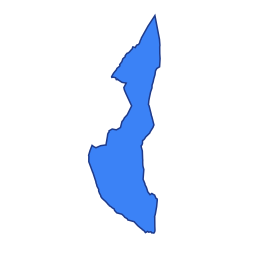 the district of Santa María Tlalixtac, Oaxaca, Mexico, rotated 172°
{"feature_id": "50627088B20001539199633", "entity_name": "Santa María Tlalixtac", "entity_type": "district", "adm_level": 2, "iso_a3": "MEX", "parent_name": "Mexico", "parent_adm1": "Oaxaca", "projection": "equal_earth", "projection_center": [-96.736, 17.917], "detail": "fine", "context": "isolated", "style": "filled", "palette": "blue", "viewbox_px": 256, "rotation_deg": 172, "n_neighbors": 0, "source": "geoboundaries", "source_scale": "gbopen_adm2", "svg_char_len": 2707}
<svg xmlns="http://www.w3.org/2000/svg" viewBox="0 0 256 256"><g transform="rotate(172 128 128)"><path d="M116.9,20.4L116.4,21.0L116.1,21.4L116.0,21.6L115.8,22.0L115.5,23.1L115.2,26.2L115.2,26.3L114.2,34.1L113.9,36.1L114.1,36.3L114.0,36.5L112.9,39.0L110.6,46.1L109.0,52.8L109.1,53.8L110.1,54.5L111.0,57.9L111.8,58.4L111.9,58.5L113.5,59.9L115.5,58.9L117.4,62.3L117.5,63.5L118.1,66.9L118.3,67.3L119.1,69.7L119.0,70.5L120.2,75.1L118.1,84.7L118.5,87.8L118.5,89.2L118.2,92.2L117.9,94.0L117.8,95.7L117.0,103.3L117.5,107.1L117.5,108.5L116.9,108.9L115.9,110.4L115.3,113.6L114.5,113.9L113.9,114.3L113.0,115.1L111.7,116.7L107.2,120.0L106.5,121.2L103.2,125.1L102.5,126.4L102.5,126.5L101.9,127.4L102.8,135.8L102.9,136.0L103.2,137.9L103.1,138.3L104.0,146.7L104.0,146.9L104.5,148.4L104.0,150.3L103.7,151.8L103.0,153.9L102.2,156.2L100.6,160.6L98.7,164.3L98.2,167.1L96.8,169.9L95.6,173.2L93.9,176.9L92.8,180.8L91.2,182.9L88.2,184.2L86.6,192.2L86.2,197.2L85.3,204.0L84.9,205.4L84.5,211.4L85.7,235.6L94.0,226.1L102.2,215.3L102.3,215.2L102.5,214.6L103.1,213.6L103.4,213.3L103.6,213.0L104.8,210.5L105.3,209.9L105.7,209.5L106.3,209.1L107.5,209.0L107.7,208.9L108.3,208.4L109.6,206.6L111.2,207.4L112.0,207.6L112.8,205.8L114.0,204.9L115.8,203.3L117.0,202.4L118.6,202.1L120.6,200.2L120.9,198.9L121.9,198.3L123.5,197.2L124.8,194.6L127.4,192.0L127.3,191.1L127.5,190.5L128.2,190.0L130.6,188.6L131.3,187.5L131.6,187.1L133.9,185.0L134.9,184.0L137.1,181.1L137.1,180.6L136.9,180.3L135.9,180.5L133.2,179.5L132.9,177.6L132.1,177.3L131.5,177.8L130.3,176.4L127.5,174.0L123.5,172.7L126.5,168.6L126.3,166.2L125.1,161.8L121.3,149.4L126.9,141.2L130.2,138.5L130.2,138.4L131.3,136.9L132.5,135.6L133.0,135.4L135.4,129.5L139.7,127.8L141.0,128.2L143.8,129.2L147.2,127.8L147.4,126.6L148.5,125.6L149.0,124.5L149.5,122.7L152.2,114.2L152.6,114.3L157.5,114.3L162.5,112.9L164.4,114.2L166.0,115.8L167.3,113.5L168.9,110.6L170.8,106.4L170.7,104.8L170.9,104.2L171.5,100.0L169.3,89.9L169.2,89.3L169.0,89.0L167.4,80.0L167.3,79.4L167.3,78.4L167.1,77.0L166.8,76.0L166.9,75.2L166.7,74.4L166.3,73.3L165.7,71.7L165.6,71.2L165.7,70.5L165.8,69.9L165.7,69.0L165.5,68.4L165.4,67.6L165.3,67.3L164.7,65.7L164.4,64.8L164.4,63.8L164.1,63.2L163.5,62.1L162.0,60.2L160.5,58.5L159.3,56.7L158.7,55.9L158.3,55.0L158.0,54.8L157.5,54.2L157.3,53.6L155.9,52.5L155.0,51.5L154.6,51.0L153.1,50.0L152.7,48.1L152.1,47.3L152.1,47.2L150.9,45.5L146.1,43.5L144.6,41.7L143.6,40.0L141.4,38.3L141.0,37.0L135.0,34.4L132.0,30.0L129.3,27.0L128.3,26.1L127.9,25.2L127.0,24.7L126.2,23.7L126.0,23.3L125.3,22.0L124.1,22.4L123.1,22.9L122.7,22.7L122.1,22.0L121.4,22.0L120.9,22.0L120.0,22.1L119.7,22.0L119.2,20.9L118.2,20.7L117.2,20.4L116.9,20.4Z" fill="#3b82f6" stroke="#1e3a8a" stroke-width="1.5"/></g></svg>